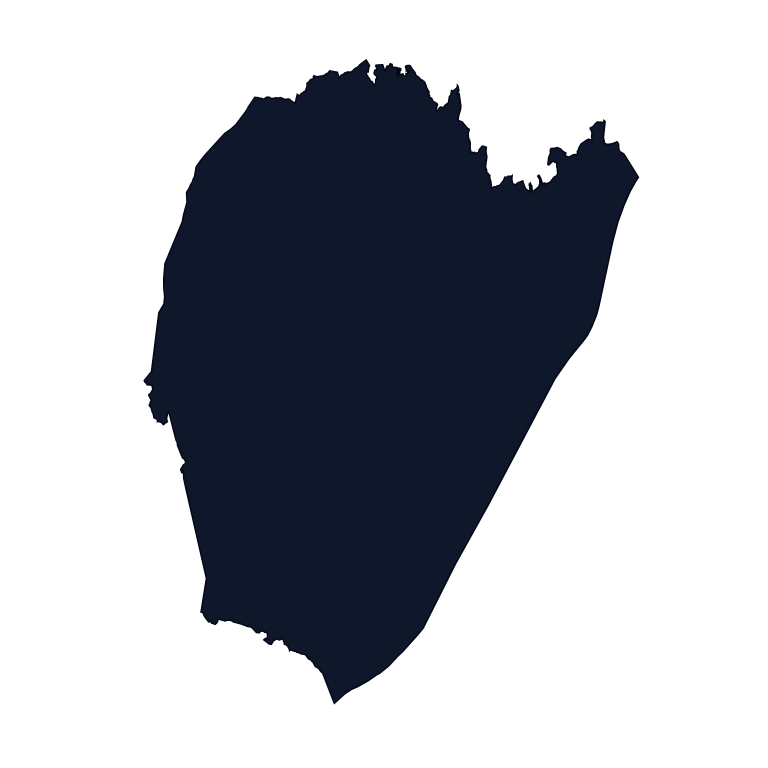 "Østre Toten" nor, Oppland, Norway, rotated 94°
{"feature_id": "86288312B18082183204851", "entity_name": "\"Østre Toten\" nor", "entity_type": "district", "adm_level": 2, "iso_a3": "NOR", "parent_name": "Norway", "parent_adm1": "Oppland", "projection": "equal_earth", "projection_center": [10.862, 60.623], "detail": "fine", "context": "isolated", "style": "filled", "palette": "ink", "viewbox_px": 768, "rotation_deg": 94, "n_neighbors": 0, "source": "geoboundaries", "source_scale": "gbopen_adm2", "svg_char_len": 6034}
<svg xmlns="http://www.w3.org/2000/svg" viewBox="0 0 768 768"><g transform="rotate(94 384 384)"><path d="M106.7,181.7L105.8,183.0L106.7,183.0L107.2,183.6L108.4,184.0L108.3,184.9L107.5,185.8L108.0,187.4L107.6,188.4L107.8,189.6L110.1,191.7L112.4,193.2L114.3,196.2L115.3,196.0L116.0,195.3L118.8,194.0L123.2,194.2L125.0,193.5L125.8,194.1L126.1,195.0L125.5,197.0L126.7,199.0L130.7,204.1L134.7,206.0L137.8,206.8L138.4,207.4L141.4,207.1L141.9,207.5L141.7,209.0L142.1,211.1L144.9,215.6L144.2,217.0L144.7,217.7L143.0,219.2L141.0,218.6L139.3,221.9L137.1,224.3L136.1,227.4L137.2,231.5L137.3,233.8L138.5,233.8L138.7,234.3L139.7,234.5L142.0,234.1L146.5,235.5L153.5,235.9L154.0,235.0L153.8,234.6L150.5,231.7L149.7,229.7L151.0,229.1L150.9,227.8L151.4,227.1L155.4,226.8L157.3,225.8L158.6,226.1L161.4,225.4L164.2,226.3L165.9,228.9L171.5,232.7L172.5,235.4L173.9,236.1L172.5,237.1L172.3,237.8L172.4,238.4L173.9,239.6L167.7,242.1L164.9,244.0L165.9,245.2L169.2,242.9L173.4,242.5L176.7,243.6L182.1,249.4L176.0,250.4L175.1,251.4L173.3,252.0L174.4,253.1L181.9,251.5L179.9,255.8L177.9,257.2L171.7,259.8L173.9,264.5L175.8,266.3L175.7,268.7L175.0,269.6L170.8,270.8L167.2,270.7L168.0,271.6L168.0,274.6L169.1,275.4L169.2,277.9L172.7,279.0L178.0,282.7L178.4,284.8L179.6,286.4L179.5,288.1L180.4,288.8L181.0,290.5L177.9,290.8L175.3,291.5L174.3,291.4L173.9,292.2L172.2,292.3L171.0,293.2L168.9,292.8L165.0,296.7L163.8,296.4L160.3,297.9L150.3,297.2L145.1,298.5L140.7,298.4L139.7,302.0L140.2,302.9L143.7,305.4L146.0,305.8L146.9,306.5L147.3,309.0L146.6,309.7L147.0,310.4L146.6,312.8L147.0,313.5L142.1,314.6L137.9,314.7L134.8,315.6L134.9,316.1L130.9,317.2L127.6,317.4L124.0,316.7L123.7,317.6L122.0,319.6L117.1,324.3L115.9,328.5L111.5,328.3L104.8,326.8L101.4,326.7L89.1,329.3L88.6,330.7L89.7,330.9L89.1,331.7L86.5,329.7L82.0,330.8L81.0,331.6L82.6,331.6L84.1,332.4L86.6,335.3L87.0,336.1L86.4,337.0L86.7,337.2L90.8,337.4L92.7,338.8L98.7,339.3L102.1,342.9L104.4,344.0L103.6,346.4L104.5,348.0L108.8,349.8L108.5,350.7L103.3,350.8L102.3,350.1L101.5,350.2L100.5,350.8L99.4,353.0L99.6,353.7L99.1,353.9L99.3,354.3L95.4,356.6L95.3,357.7L94.3,358.6L92.9,358.7L92.2,359.1L92.7,359.3L91.8,359.7L89.5,359.4L86.1,361.8L82.6,363.2L82.4,363.8L81.0,363.8L79.2,365.4L79.1,366.1L78.1,367.0L78.4,367.8L76.0,370.2L76.0,370.6L75.4,370.9L74.0,373.5L70.8,375.0L70.9,375.5L68.9,376.5L68.9,377.0L66.3,378.9L66.6,379.1L64.8,379.9L64.5,380.6L64.5,381.8L64.9,383.6L65.2,383.7L65.1,384.1L65.8,384.7L67.2,384.4L67.6,383.7L70.2,383.7L70.0,381.0L71.0,380.7L71.3,380.9L71.1,381.2L71.5,382.2L73.1,382.1L72.9,383.8L75.2,383.2L75.3,386.0L73.5,386.5L73.4,387.2L74.3,388.5L73.7,390.0L70.3,390.0L70.1,389.2L68.2,389.4L67.9,391.6L75.4,391.3L74.6,392.6L72.2,392.1L67.5,393.2L67.3,394.4L67.6,397.3L64.6,398.3L64.1,400.2L66.4,401.2L66.8,403.3L72.3,404.8L65.6,407.6L66.5,414.2L67.5,414.4L70.3,412.7L71.8,415.1L74.9,415.6L76.4,414.4L77.7,412.2L80.8,413.4L84.5,413.4L86.2,414.2L86.4,414.8L83.0,417.2L82.9,418.9L81.3,419.3L76.4,423.1L73.8,423.2L73.9,421.6L69.4,421.3L67.4,420.6L62.0,424.4L67.0,430.2L69.4,432.0L71.7,435.4L73.9,437.1L75.2,438.8L75.2,441.8L76.3,444.7L78.1,446.4L78.9,448.4L80.9,449.4L81.5,449.3L81.7,450.2L76.3,452.2L75.4,460.1L77.9,461.7L78.5,463.3L79.5,464.0L80.7,466.1L82.2,472.5L81.4,475.4L82.6,476.0L83.5,475.4L84.4,475.6L85.4,478.5L88.7,480.6L89.2,481.8L92.1,481.5L97.2,482.8L98.2,484.7L99.5,485.4L99.8,486.8L101.4,487.5L102.1,488.3L102.2,489.0L101.1,490.7L110.2,492.2L108.1,496.3L106.4,498.4L106.5,500.5L107.1,502.5L105.5,507.1L106.2,509.9L106.0,512.2L106.5,513.1L107.0,515.5L106.7,517.4L105.8,518.6L106.2,520.3L105.9,520.8L108.4,524.0L107.6,526.2L107.7,527.6L107.2,528.9L107.0,532.8L117.4,538.9L118.1,538.9L122.6,541.4L135.8,550.0L140.4,554.5L145.3,560.5L166.9,577.6L172.6,581.7L180.4,586.5L190.5,587.5L192.5,588.5L195.8,589.3L198.6,590.8L202.3,592.0L206.0,594.1L207.2,594.3L216.4,593.2L229.4,595.8L236.1,596.5L279.2,610.9L294.5,611.1L303.9,610.3L312.2,608.9L319.5,609.1L328.5,613.6L387.8,616.8L397.3,623.4L398.5,622.9L400.1,620.9L401.3,620.3L401.4,616.5L402.1,615.1L405.7,614.3L409.7,616.3L410.7,617.6L411.5,617.9L416.6,615.0L418.7,616.0L420.0,615.8L420.8,616.6L421.6,616.7L422.6,616.2L423.1,615.2L424.3,614.5L428.0,613.3L429.6,612.2L433.7,611.1L434.5,609.5L434.4,608.7L435.7,607.6L437.4,607.4L437.1,606.8L437.4,605.8L437.3,605.0L438.1,603.0L439.8,601.5L439.9,600.9L437.9,599.5L437.9,598.8L436.6,597.4L434.8,598.3L432.2,598.4L427.4,597.5L426.6,596.8L454.9,587.4L455.7,586.5L460.2,585.5L470.9,580.3L471.9,579.6L473.3,577.5L474.9,576.8L476.9,576.3L478.9,578.6L483.5,580.9L486.3,579.6L484.9,578.7L488.4,577.6L492.1,577.2L499.2,575.2L590.3,547.6L624.3,550.6L624.0,549.3L629.1,546.3L633.6,542.3L632.9,540.1L634.6,539.3L634.7,538.0L635.5,536.1L635.5,535.6L633.4,533.7L631.5,533.3L630.5,534.0L629.8,534.0L631.5,526.1L630.6,523.9L630.4,520.4L631.8,517.7L633.4,509.6L635.3,503.5L635.6,500.1L636.6,498.3L640.7,494.1L640.9,493.0L640.8,490.8L639.1,490.2L639.1,488.9L638.8,488.4L639.3,486.6L640.1,485.7L639.6,484.2L641.3,482.9L644.4,482.6L646.6,483.3L646.0,484.4L647.6,486.1L651.4,480.3L651.5,478.2L647.6,476.2L647.2,475.1L645.6,473.4L646.7,470.6L645.3,467.5L644.5,467.2L648.0,466.1L649.1,465.3L650.6,465.2L650.6,463.8L651.5,463.1L652.1,461.9L654.9,460.1L656.3,459.7L655.9,459.5L656.3,459.2L655.9,458.8L656.0,457.7L655.6,457.2L656.4,456.3L656.2,456.0L656.9,454.9L656.7,453.7L657.6,452.5L657.9,450.4L659.2,447.1L659.0,444.8L660.0,443.1L663.2,440.4L662.9,440.0L663.7,439.4L664.7,437.4L665.6,436.7L666.4,435.5L670.6,432.8L672.1,429.5L675.2,427.0L676.6,425.1L706.0,411.3L695.7,401.4L690.9,395.1L687.5,388.7L680.9,378.8L674.9,371.4L672.9,368.2L665.1,359.8L654.7,351.4L649.6,346.7L631.7,332.8L624.6,327.8L558.8,300.3L498.6,272.1L366.7,213.8L345.6,201.2L325.1,186.8L320.5,184.1L311.6,180.4L299.9,176.7L291.6,175.1L226.0,165.8L205.8,161.9L189.0,157.1L174.6,151.9L164.3,147.0L160.1,144.6L138.5,160.2L137.5,161.3L135.6,165.1L133.2,166.1L128.1,166.8L126.4,168.1L126.1,168.8L127.6,170.7L127.4,171.1L128.3,172.8L129.4,177.5L128.8,180.6L122.8,182.3L106.7,181.7Z" fill="#0f172a" stroke="#020617" stroke-width="1.5"/></g></svg>